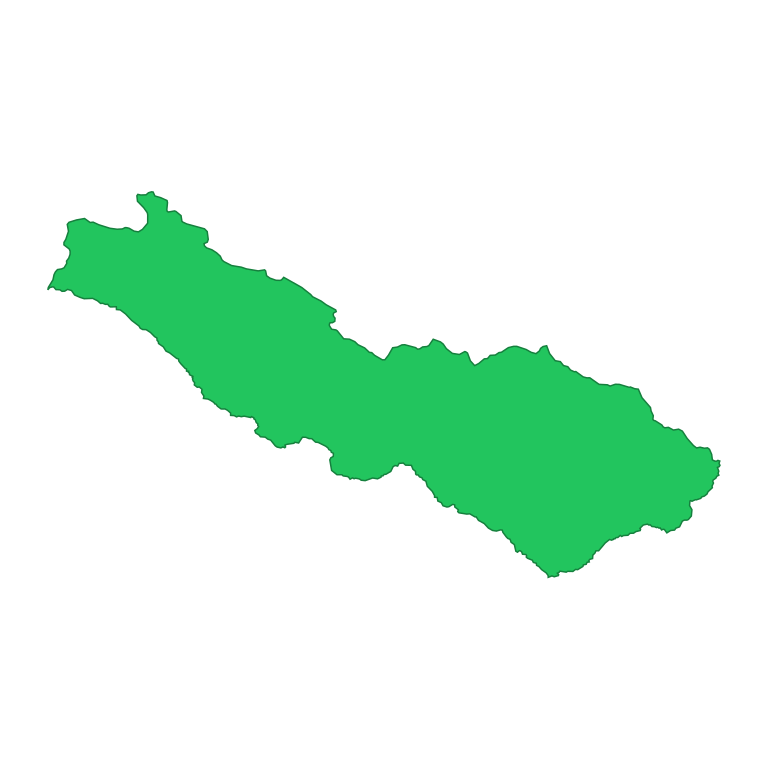 Colombia, Huila, Colombia, rotated 269°
{"feature_id": "7082276B78082705771395", "entity_name": "Colombia", "entity_type": "district", "adm_level": 2, "iso_a3": "COL", "parent_name": "Colombia", "parent_adm1": "Huila", "projection": "robinson", "projection_center": [-74.711, 3.47], "detail": "fine", "context": "isolated", "style": "filled", "palette": "green", "viewbox_px": 768, "rotation_deg": 269, "n_neighbors": 0, "source": "geoboundaries", "source_scale": "gbopen_adm2", "svg_char_len": 6133}
<svg xmlns="http://www.w3.org/2000/svg" viewBox="0 0 768 768"><g transform="rotate(269 384 384)"><path d="M301.1,718.4L301.8,716.5L301.0,715.1L301.1,713.5L302.4,711.0L307.9,710.4L313.0,708.3L314.5,706.4L314.2,703.2L315.3,698.9L314.6,695.4L317.1,692.3L324.2,686.2L331.7,681.5L333.7,677.8L332.9,672.6L335.7,667.6L335.3,664.0L336.2,662.4L338.2,661.1L342.4,654.7L343.0,652.9L344.0,652.2L347.6,652.7L352.3,650.6L355.9,650.0L365.8,641.7L374.4,638.2L374.9,634.6L376.7,630.3L376.4,629.1L379.5,619.4L379.7,615.3L378.0,610.0L379.3,607.4L379.9,599.0L386.6,589.9L386.6,587.0L387.6,583.3L393.1,576.0L392.9,574.5L394.7,570.7L398.1,568.1L399.3,563.8L403.3,560.7L404.3,555.6L411.5,550.1L419.4,547.3L418.7,543.7L416.9,541.2L414.4,540.0L411.7,536.5L413.1,531.7L416.0,526.8L419.3,517.5L419.4,514.3L418.2,509.0L413.7,502.0L413.4,499.5L411.0,495.8L410.8,490.7L407.6,487.9L407.4,484.7L402.9,479.2L400.8,475.0L405.6,470.8L413.5,468.0L414.8,466.2L415.0,465.3L412.2,459.9L413.4,452.9L418.2,447.0L422.9,443.9L425.1,441.2L427.9,434.0L421.6,429.5L420.7,427.5L420.4,423.3L418.5,420.3L418.2,418.2L419.8,416.3L422.9,405.5L422.8,402.6L420.7,398.1L420.1,393.3L412.8,389.0L408.2,385.3L408.2,382.8L412.8,375.1L415.6,372.3L415.9,369.9L420.4,365.3L423.7,358.7L426.8,355.6L429.4,350.3L429.9,344.5L438.0,338.2L438.9,336.9L439.7,332.6L443.3,330.4L444.8,330.4L446.2,331.2L446.2,333.5L447.5,335.9L450.7,336.2L452.5,334.8L454.6,334.4L456.0,335.0L457.2,337.5L458.9,337.0L464.2,327.6L468.0,322.6L472.5,314.1L474.6,312.4L481.9,303.5L492.4,285.6L489.9,283.4L489.4,281.9L489.6,277.8L491.9,271.7L494.3,268.5L499.2,267.6L500.2,266.6L499.3,260.2L501.5,248.4L503.3,243.4L505.1,233.7L509.2,226.0L510.9,224.2L514.7,222.5L518.1,218.9L521.2,214.3L523.2,209.0L525.3,206.9L527.5,206.5L528.9,209.8L531.6,210.8L539.5,209.9L542.3,207.2L547.5,189.5L549.5,185.5L550.2,184.8L555.9,184.0L560.2,178.9L560.7,177.6L559.7,171.3L560.7,170.1L562.1,169.9L569.1,170.7L571.2,170.3L574.2,164.0L576.0,158.2L580.0,156.5L580.2,154.8L579.3,151.8L577.3,149.4L577.2,144.1L577.9,141.2L576.5,140.2L571.0,140.7L564.5,146.8L559.4,150.3L557.2,150.7L548.9,150.5L542.8,145.2L540.4,141.1L541.2,136.8L544.2,131.8L544.8,129.4L544.9,127.9L543.6,125.1L543.4,119.9L544.5,112.7L548.2,101.6L550.9,96.0L550.6,93.0L554.7,87.5L553.4,79.4L551.2,71.9L549.1,70.1L542.2,71.2L534.2,68.4L531.2,66.5L528.7,66.4L524.5,71.6L522.4,72.5L519.2,72.4L515.4,71.0L512.4,68.7L510.1,68.9L505.8,66.2L504.7,63.7L504.1,59.5L501.8,57.4L499.1,56.0L493.9,54.8L486.5,50.1L484.0,49.5L486.2,51.4L486.9,54.1L486.7,55.5L484.1,57.6L483.9,61.5L482.3,63.7L482.4,66.4L484.1,69.3L482.9,73.2L478.4,76.2L475.9,81.7L474.5,85.7L474.7,94.2L472.2,99.0L469.5,102.0L469.6,104.2L468.5,106.8L468.5,109.2L466.3,110.8L465.8,112.1L465.9,117.7L463.1,117.8L462.7,121.6L458.5,126.9L452.0,132.8L446.3,140.0L444.0,141.3L442.7,143.6L442.5,147.1L439.6,151.4L435.3,155.5L434.0,157.7L431.5,157.9L430.4,159.0L428.4,159.3L425.0,164.0L420.7,166.6L418.8,170.3L413.2,177.1L412.7,178.9L410.4,179.3L407.9,181.1L403.0,185.5L402.5,186.8L400.3,186.8L400.1,188.9L399.0,188.6L398.3,189.7L396.7,189.7L395.0,193.0L394.2,192.3L393.2,193.1L392.4,192.6L390.4,193.2L388.6,194.7L386.4,194.3L384.0,197.2L384.2,199.3L381.9,201.9L378.7,201.4L375.1,203.7L372.7,203.2L372.0,207.8L370.7,210.3L368.5,213.6L367.1,214.4L366.8,215.7L364.7,217.1L361.9,220.7L361.8,224.7L360.4,227.1L357.7,230.1L355.3,230.1L355.0,233.7L353.7,236.0L354.5,238.2L353.8,240.7L354.3,243.6L352.8,250.2L353.7,250.9L352.5,253.3L351.4,253.3L350.7,254.6L347.7,255.6L346.3,257.2L345.0,257.0L343.6,257.9L341.4,256.3L339.8,254.0L337.3,254.8L335.2,258.1L333.4,259.5L332.9,264.4L330.9,266.8L329.9,269.7L324.1,274.2L322.8,276.0L321.9,279.8L322.8,281.8L322.0,283.7L322.8,284.5L324.6,283.9L325.4,286.0L326.3,292.9L327.3,293.8L326.5,297.6L332.2,301.5L332.1,304.8L330.7,308.1L330.6,310.8L327.1,314.5L326.7,317.2L322.8,324.7L321.0,326.9L319.4,327.7L318.4,329.7L316.7,330.1L315.6,332.2L312.4,332.0L311.2,329.6L309.1,328.5L298.5,330.1L294.1,335.4L294.0,340.3L292.8,341.6L292.2,345.5L291.6,346.9L289.4,348.4L290.7,350.9L289.8,352.4L290.3,353.9L289.5,357.8L288.2,359.5L287.7,363.5L290.2,371.0L289.3,375.9L290.9,379.4L292.1,379.7L292.2,381.4L293.6,382.5L293.7,384.3L296.5,389.3L301.1,391.6L302.3,393.5L301.7,396.2L304.4,397.7L304.6,402.0L302.5,404.1L302.2,410.0L298.3,411.4L296.1,414.0L293.4,414.1L292.6,414.8L292.5,416.5L290.5,417.9L289.6,420.3L287.8,421.1L286.1,424.2L281.0,425.5L275.8,430.4L271.6,432.6L269.9,432.6L269.6,435.2L266.0,435.8L264.4,439.2L261.2,440.9L259.9,444.8L260.2,446.8L262.4,450.5L262.0,452.5L259.7,452.7L257.0,456.1L255.1,455.5L253.9,456.7L252.5,464.5L252.7,467.5L249.5,472.7L249.5,473.9L246.0,476.1L242.7,481.8L238.1,485.9L235.7,489.9L235.0,493.8L236.1,498.0L235.8,499.7L233.6,500.3L229.0,503.6L227.4,505.1L226.5,507.4L223.5,508.3L221.2,511.5L214.5,512.9L213.5,514.5L215.0,516.5L214.9,517.3L213.8,518.7L211.4,519.5L211.0,523.0L209.9,523.6L208.5,523.2L207.3,524.4L205.2,529.3L203.0,530.2L202.1,533.2L200.0,533.4L198.8,535.7L195.7,538.3L192.3,542.9L189.6,544.8L187.8,544.8L189.2,548.6L188.3,550.8L189.4,555.0L190.3,555.3L191.8,554.0L192.6,555.7L193.8,556.6L192.7,562.9L193.5,564.4L193.3,569.6L195.3,572.3L195.0,574.4L198.1,579.7L199.7,580.2L200.2,583.0L202.2,583.9L202.5,586.1L203.8,585.7L205.1,586.7L205.8,589.5L209.2,589.8L211.2,591.9L213.5,593.0L213.5,595.7L221.2,602.4L224.6,606.8L223.9,608.8L224.6,610.7L225.2,610.8L225.2,612.3L226.3,613.1L226.5,615.2L228.5,617.5L227.4,619.0L228.3,620.8L228.5,625.3L230.4,627.3L230.5,631.0L232.0,633.2L233.0,637.6L234.4,638.0L235.2,637.3L238.5,640.8L239.3,644.9L238.3,646.5L238.6,647.7L236.8,649.4L236.6,651.9L235.7,653.9L236.0,655.0L235.1,656.5L235.3,657.6L233.2,659.0L233.9,660.6L233.6,661.8L230.2,664.2L232.5,668.0L232.9,672.0L234.8,673.4L236.0,677.0L241.7,679.9L242.7,682.0L242.6,684.5L243.2,686.0L246.6,689.0L252.9,689.7L257.1,687.4L261.6,687.8L262.0,688.5L261.4,689.9L262.9,693.3L262.7,694.2L264.1,698.7L265.6,699.8L266.3,702.3L268.3,705.0L270.5,706.0L274.6,710.5L276.2,710.2L279.2,711.7L281.0,711.0L282.2,711.4L284.1,714.2L285.9,715.1L287.0,717.2L288.8,716.5L291.0,717.2L294.8,715.9L295.4,717.6L296.8,718.5L298.9,717.6L301.1,718.4Z" fill="#22c55e" stroke="#15803d" stroke-width="1.5"/></g></svg>